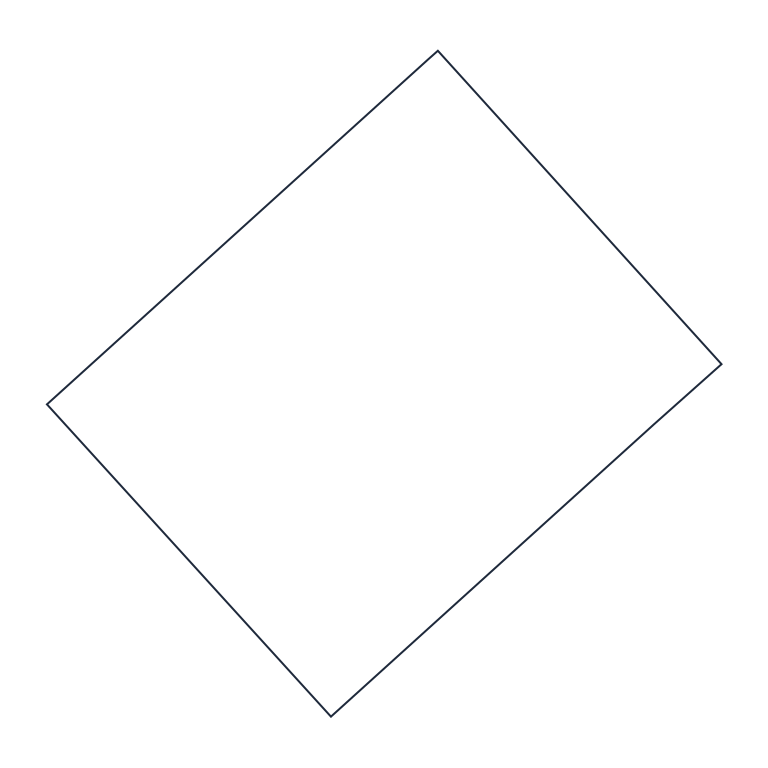 outline of Blaine, Nebraska, United States of America, rotated 138°
{"feature_id": "52423323B26026520700604", "entity_name": "Blaine", "entity_type": "district", "adm_level": 2, "iso_a3": "USA", "parent_name": "United States of America", "parent_adm1": "Nebraska", "projection": "orthographic", "projection_center": [-100.085, 41.913], "detail": "fine", "context": "isolated", "style": "outline", "palette": "slate", "viewbox_px": 768, "rotation_deg": 138, "n_neighbors": 0, "source": "geoboundaries", "source_scale": "gbopen_adm2", "svg_char_len": 250}
<svg xmlns="http://www.w3.org/2000/svg" viewBox="0 0 768 768"><g transform="rotate(138 384 384)"><path d="M119.9,172.9L121.0,595.6L133.9,595.7L648.1,594.4L646.0,172.3L210.5,173.4L119.9,172.9Z" fill="none" stroke="#1e293b" stroke-width="2"/></g></svg>